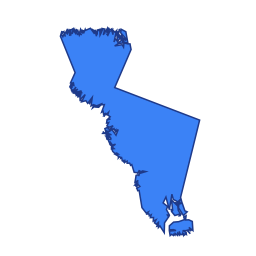 the state/province of Kommuneqarfik Sermersooq, rotated 104°
{"feature_id": "GRL-2739", "entity_name": "Kommuneqarfik Sermersooq", "entity_type": "state/province", "adm_level": 1, "iso_a3": "GRL", "parent_name": "Greenland", "parent_adm1": "", "projection": "orthographic", "projection_center": [-36.556, 66.454], "detail": "fine", "context": "isolated", "style": "filled", "palette": "blue", "viewbox_px": 256, "rotation_deg": 104, "n_neighbors": 0, "source": "natural_earth", "source_scale": "10m", "svg_char_len": 5925}
<svg xmlns="http://www.w3.org/2000/svg" viewBox="0 0 256 256"><g transform="rotate(104 128 128)"><path d="M187.1,57.7L189.0,60.1L184.9,60.2L187.6,61.7L186.3,66.8L181.6,69.4L197.3,68.1L185.8,74.5L192.2,75.8L194.6,70.6L197.8,71.0L202.6,66.7L203.2,66.8L202.3,67.6L202.9,68.8L204.4,67.1L211.2,69.6L220.8,67.5L215.3,73.3L217.2,74.4L212.1,75.6L214.5,77.3L213.6,79.4L210.3,78.6L212.3,81.0L208.7,81.6L209.6,84.6L206.6,84.5L208.1,86.1L206.3,87.0L206.9,88.7L204.6,88.0L206.1,89.8L201.9,95.2L185.9,102.1L186.5,103.4L184.4,104.7L185.0,105.4L181.8,102.3L180.7,103.9L181.3,105.0L179.4,105.1L181.1,107.3L176.4,105.4L179.0,108.1L172.0,108.7L170.9,106.5L172.0,105.9L169.4,105.9L166.0,100.2L166.1,103.4L169.0,107.0L166.7,106.4L166.7,106.9L169.1,107.6L169.5,111.3L162.6,115.5L163.6,116.4L161.7,117.9L162.4,120.3L160.4,120.8L162.0,122.8L160.1,123.2L161.1,125.6L158.4,127.0L159.1,127.7L158.2,127.7L158.2,129.7L158.8,130.7L157.8,130.0L156.7,133.8L155.7,131.1L155.0,132.9L155.9,134.4L154.4,137.2L152.3,138.6L151.4,136.5L150.6,138.1L151.9,139.1L150.8,139.4L146.7,136.2L148.6,139.4L147.6,140.1L148.1,140.0L148.4,141.6L147.3,140.2L146.1,141.7L147.6,141.9L143.6,144.9L143.3,142.0L142.1,142.1L139.0,146.0L138.6,142.4L137.9,147.1L134.7,144.3L133.5,145.2L133.9,142.6L137.9,137.9L131.8,137.1L134.7,139.1L132.7,139.4L133.6,140.1L131.9,141.5L132.9,142.1L132.3,144.5L129.4,143.0L131.8,146.4L131.0,149.0L127.4,148.1L128.4,150.0L125.2,150.3L123.6,147.1L124.4,149.8L121.4,148.0L120.3,150.8L117.5,150.7L120.3,152.4L119.2,153.2L120.4,155.1L117.8,156.2L119.0,157.4L111.0,156.6L111.8,158.9L110.7,159.2L114.1,163.8L113.7,167.3L115.5,169.2L106.9,170.1L113.8,173.1L111.7,175.5L113.8,179.3L105.9,177.6L112.0,181.4L109.0,182.2L109.6,183.6L108.0,181.5L109.9,184.1L109.1,184.4L107.1,181.4L108.2,184.1L106.5,181.9L105.8,182.5L107.4,183.7L109.0,185.7L107.0,183.7L106.1,183.5L105.0,181.4L103.5,182.7L106.5,188.5L102.4,186.1L105.6,189.9L100.8,188.3L104.9,190.5L103.8,192.8L101.9,192.1L99.6,192.9L99.8,190.8L97.6,191.8L98.9,192.6L97.7,192.6L98.1,194.7L87.1,192.7L55.3,215.8L49.8,215.6L54.3,215.5L53.7,214.7L55.2,213.3L51.8,212.7L54.5,210.9L50.2,213.2L51.3,211.9L48.7,211.2L50.8,210.6L49.9,210.5L50.2,209.7L51.2,210.0L51.4,209.5L46.0,208.0L52.8,207.0L50.9,206.8L52.1,205.8L46.8,207.3L44.8,205.2L50.3,205.0L46.7,204.5L48.6,202.1L46.4,202.8L49.9,199.1L45.9,202.7L45.0,201.8L46.7,199.9L44.6,200.8L49.8,197.7L48.0,197.3L49.0,195.4L47.2,198.1L43.6,197.9L45.2,196.6L43.6,195.8L46.1,196.9L46.7,195.4L43.8,195.1L47.0,194.0L42.6,193.4L43.5,192.8L40.3,188.6L44.8,183.2L41.3,185.6L42.0,183.3L46.6,180.8L42.8,181.7L41.8,183.3L40.8,184.0L43.3,180.8L40.8,181.4L40.3,178.9L44.6,177.6L40.9,176.8L39.4,176.9L38.3,177.6L39.6,176.1L37.7,177.1L37.6,174.4L43.7,174.5L37.2,172.4L40.9,171.4L38.4,171.2L39.1,169.4L40.0,170.3L42.4,170.3L42.4,170.8L43.0,170.0L39.0,169.2L38.1,171.4L37.2,170.6L36.2,170.5L37.3,169.3L35.9,167.9L37.4,167.7L36.3,166.8L38.6,166.6L41.1,165.1L36.9,166.1L38.2,163.8L36.3,162.7L48.0,162.4L44.5,161.9L46.4,159.3L38.1,162.0L36.8,160.9L38.9,161.1L36.2,159.8L41.9,160.6L42.8,160.1L41.5,159.5L43.0,157.7L46.6,158.9L48.0,158.2L43.5,154.6L46.8,153.6L48.3,157.7L51.6,160.8L48.6,153.8L50.6,151.9L46.5,152.5L46.4,148.7L45.9,146.4L51.1,144.0L92.0,150.7L103.0,60.4L182.6,60.2L187.1,57.7ZM211.8,40.2L209.7,44.8L212.7,41.8L212.0,44.1L212.7,45.5L215.5,42.0L213.2,45.7L214.4,50.2L215.3,46.3L217.1,45.6L216.7,46.6L218.0,47.1L217.2,48.2L218.6,48.2L217.0,49.5L218.2,49.5L218.8,51.3L217.9,50.6L218.8,51.6L215.9,53.3L219.2,52.4L218.0,54.3L220.2,54.0L218.9,56.7L220.5,56.5L219.9,57.7L221.3,57.8L220.6,59.9L222.2,61.1L218.0,62.9L215.9,56.6L215.6,58.9L216.7,63.3L212.9,64.2L208.3,61.0L206.6,56.1L203.2,51.0L201.0,52.3L199.1,50.4L203.3,49.9L202.4,46.8L203.1,43.0L211.8,40.2ZM201.6,61.4L198.6,65.4L197.2,64.7L187.4,68.3L191.6,60.9L195.9,59.2L198.6,56.4L201.6,61.4ZM195.0,50.3L199.5,53.0L193.2,59.7L189.6,60.2L187.8,57.2L194.6,52.8L195.0,50.3ZM45.5,148.7L45.9,152.6L42.0,154.1L43.3,151.6L41.8,151.6L37.4,158.1L33.8,158.6L35.1,153.4L45.5,148.7ZM137.3,147.3L135.8,147.9L137.0,148.6L134.2,150.3L132.5,148.2L134.5,144.9L137.3,147.3ZM117.1,167.2L114.7,166.9L114.1,163.2L112.5,160.1L115.0,161.5L115.6,165.0L114.9,165.5L117.1,167.2ZM108.7,186.1L106.7,186.8L103.8,182.7L105.1,182.4L106.6,184.9L108.7,186.1ZM44.0,156.0L40.6,159.7L39.4,159.6L42.6,155.3L44.0,156.0ZM189.0,63.5L188.6,61.2L191.1,60.7L190.6,62.0L189.0,63.5ZM99.3,192.9L102.8,194.5L98.5,193.8L99.3,192.9ZM41.2,156.5L38.7,157.0L42.2,154.9L41.2,156.5ZM110.4,170.8L113.5,171.2L113.3,171.5L110.7,171.4L110.4,170.8ZM214.1,75.9L215.6,75.1L216.3,76.2L214.1,75.9ZM183.0,105.3L182.2,106.6L181.2,105.6L182.0,105.1L183.0,105.3ZM140.8,145.0L141.6,144.2L142.4,144.2L141.6,146.7L140.8,145.0ZM138.6,147.7L139.1,150.1L137.7,148.5L138.6,147.7ZM196.6,65.9L198.2,65.6L196.7,66.4L196.6,65.9ZM107.5,187.4L107.0,188.5L106.3,187.4L107.5,187.4ZM140.4,145.4L140.2,147.6L139.1,146.4L140.4,145.4ZM122.2,153.9L122.2,154.5L120.2,153.6L122.2,153.9ZM105.1,192.4L106.2,190.3L106.1,190.9L105.1,192.4ZM39.8,178.3L38.8,178.7L38.5,177.7L39.5,177.1L39.8,178.3ZM47.6,209.3L49.8,209.2L50.0,209.9L47.6,209.3ZM40.9,177.1L40.2,178.5L40.0,177.9L40.9,177.1ZM52.8,214.8L50.6,214.5L50.3,214.1L52.8,214.8ZM143.3,145.4L144.5,145.3L143.2,146.1L143.3,145.4ZM34.0,160.6L35.4,159.5L35.4,159.9L34.0,160.6ZM105.7,189.1L106.7,188.7L107.3,189.4L106.7,189.8L105.7,189.1ZM199.3,55.9L200.5,56.2L200.8,57.1L200.2,57.0L199.3,55.9ZM137.8,150.9L138.4,150.1L138.9,150.7L138.9,150.9L138.5,150.6L137.9,151.0L137.8,150.9ZM158.5,129.7L159.3,130.1L158.6,130.2L158.5,129.7ZM36.9,170.9L37.5,171.5L36.1,171.7L36.9,170.9ZM149.0,140.4L149.0,139.5L149.7,139.4L149.0,140.4ZM45.7,203.8L46.7,203.6L46.6,204.2L45.7,203.8ZM111.3,180.6L112.5,180.4L112.6,180.5L111.3,180.6ZM39.6,178.8L39.5,179.9L39.1,179.1L39.6,178.8ZM161.6,124.5L161.5,123.6L162.2,123.4L161.6,124.5ZM102.3,192.8L102.9,193.4L103.3,193.4L102.5,193.8L102.3,192.8ZM46.4,210.4L47.4,209.9L48.3,210.3L46.4,210.4Z" fill="#3b82f6" stroke="#1e3a8a" stroke-width="1.5"/></g></svg>